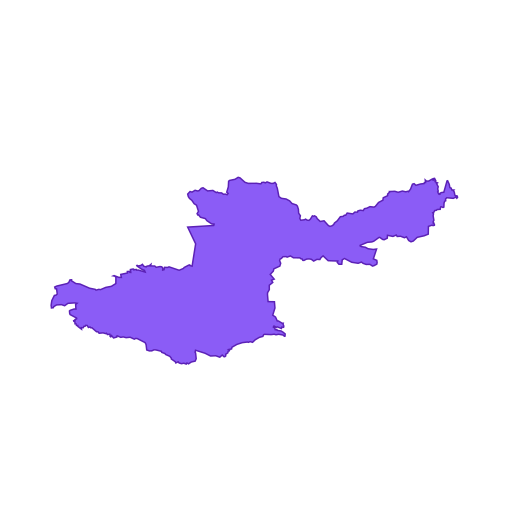 the district of Teziutlán, Puebla, Mexico, rotated 67°
{"feature_id": "50627088B50990328034226", "entity_name": "Teziutlán", "entity_type": "district", "adm_level": 2, "iso_a3": "MEX", "parent_name": "Mexico", "parent_adm1": "Puebla", "projection": "mercator", "projection_center": [-97.359, 19.874], "detail": "fine", "context": "isolated", "style": "filled", "palette": "violet", "viewbox_px": 512, "rotation_deg": 67, "n_neighbors": 0, "source": "geoboundaries", "source_scale": "gbopen_adm2", "svg_char_len": 6079}
<svg xmlns="http://www.w3.org/2000/svg" viewBox="0 0 512 512"><g transform="rotate(67 256 256)"><path d="M205.9,453.4L207.7,453.6L208.3,452.4L213.3,453.8L213.9,455.4L213.5,457.0L217.3,461.4L221.2,463.8L223.9,464.6L224.4,462.8L223.6,462.0L223.1,458.7L224.8,454.0L227.0,451.6L226.1,447.6L228.2,441.5L229.6,439.2L230.2,441.0L234.5,442.5L233.7,444.2L233.4,448.3L233.7,449.2L236.2,450.0L237.3,450.0L243.0,445.4L243.7,445.6L243.8,447.5L244.5,447.7L244.3,449.1L245.0,449.2L245.8,448.4L247.7,449.1L248.1,448.2L249.8,448.4L250.3,447.2L251.2,447.5L255.2,445.2L253.7,444.7L254.5,443.1L253.5,441.9L253.9,440.8L253.3,439.9L254.0,438.5L256.3,438.2L256.5,436.5L257.6,436.1L257.9,435.1L263.4,432.4L264.1,431.0L265.8,430.6L267.0,426.8L268.7,424.7L268.7,423.8L270.2,423.5L270.9,421.1L272.3,421.2L272.6,421.7L273.6,421.4L273.6,420.7L273.0,420.7L272.7,420.1L275.8,419.1L276.2,415.8L275.4,415.6L275.3,414.9L278.0,412.3L278.6,409.8L280.4,407.5L281.6,403.6L285.0,400.5L284.9,398.9L285.6,397.6L292.4,391.9L294.6,391.8L299.8,393.3L301.7,391.2L302.6,388.9L302.5,386.6L303.3,384.9L306.7,380.4L307.9,380.4L310.2,377.9L311.3,377.7L314.7,374.5L316.9,373.9L317.7,374.2L321.8,371.6L323.1,371.6L323.0,369.0L324.4,368.6L326.0,366.7L326.5,364.3L328.2,362.5L327.5,361.9L327.7,361.2L328.9,360.3L328.3,356.9L329.0,353.1L327.2,351.2L321.7,349.5L320.9,349.7L319.1,348.5L325.6,340.9L330.3,336.9L332.1,332.0L335.0,328.9L334.0,325.8L336.2,324.8L336.5,324.1L336.2,323.0L334.6,322.2L334.1,319.7L332.7,318.9L332.9,317.7L332.3,317.1L331.4,317.7L332.0,314.8L330.6,313.8L329.9,308.1L330.4,302.5L331.8,297.6L332.5,296.7L332.5,294.9L334.1,292.9L332.8,289.4L332.2,284.7L332.7,281.1L331.4,279.7L331.4,278.8L334.3,272.7L335.1,269.8L336.3,268.4L336.9,265.7L339.3,262.0L341.0,261.2L341.1,260.6L339.1,259.6L336.8,260.8L334.8,262.2L332.7,265.6L331.8,265.5L331.4,267.1L329.8,266.9L328.2,267.8L327.5,267.0L327.8,266.4L329.6,265.3L329.5,264.2L332.7,260.9L331.5,260.0L332.4,258.5L331.4,257.8L329.1,257.7L328.5,257.2L328.1,258.2L324.5,260.8L324.1,261.8L319.8,261.9L317.0,263.7L311.3,258.9L305.3,256.9L302.7,262.7L296.0,260.5L294.3,259.7L292.2,256.9L288.1,255.2L286.9,250.9L284.3,251.2L284.4,248.3L278.5,250.1L276.7,246.0L274.8,244.6L274.6,238.0L272.3,236.1L269.5,236.1L268.2,235.0L268.2,233.7L267.2,231.4L268.3,228.5L269.2,227.8L269.4,224.3L272.3,222.2L274.8,216.4L276.2,215.7L276.6,214.8L278.3,214.6L278.8,213.6L278.6,210.7L279.4,208.3L280.6,206.4L283.2,204.9L282.9,201.2L284.2,198.6L282.9,196.8L282.1,194.2L288.5,191.4L292.6,182.7L293.6,183.7L296.0,182.9L297.1,180.3L293.2,178.1L292.9,175.5L299.2,170.3L302.6,164.8L302.8,161.3L304.6,160.3L306.8,157.9L308.2,154.4L310.8,152.7L311.0,151.1L310.7,148.0L309.4,147.1L307.2,146.5L304.5,149.1L296.7,142.3L295.8,145.5L293.1,150.0L290.6,152.0L288.5,155.4L287.5,156.2L286.9,156.0L286.9,148.2L288.3,143.9L288.4,141.8L287.0,135.7L287.2,134.8L290.2,133.0L291.1,131.7L290.9,128.2L288.3,126.9L291.5,122.3L291.5,118.7L293.2,118.4L294.3,115.2L297.2,112.2L297.1,110.0L301.4,109.4L303.5,107.8L303.7,105.4L301.8,100.3L303.1,93.3L303.2,88.9L296.1,85.7L296.4,81.9L297.2,81.2L297.4,79.8L296.5,79.4L295.2,79.9L295.3,79.5L293.4,79.4L292.6,78.3L288.1,77.2L286.5,76.1L285.3,76.4L285.3,75.4L284.0,73.7L284.4,72.1L284.0,71.1L285.0,68.2L283.0,66.9L283.0,66.3L284.4,64.9L284.4,64.0L280.7,62.2L279.3,60.9L279.3,59.8L277.5,59.2L276.9,57.6L280.0,51.9L279.9,49.0L281.3,48.6L280.7,47.5L279.3,47.4L278.3,49.0L277.3,49.1L274.5,48.5L273.0,48.9L272.6,48.1L271.6,50.0L269.8,49.8L268.8,50.8L265.5,50.1L261.6,50.2L261.5,50.8L270.7,58.2L270.0,60.7L270.2,62.3L270.9,62.4L271.0,62.9L270.4,63.6L267.9,63.7L267.5,62.9L265.2,62.5L263.4,61.2L259.8,61.5L259.6,60.4L257.7,62.0L257.1,61.9L256.8,61.1L254.3,61.3L254.1,62.2L255.5,62.8L255.1,63.5L254.0,63.6L254.5,67.8L253.7,69.8L252.2,70.5L254.6,71.2L254.2,72.3L255.0,73.0L254.0,76.4L253.4,81.2L251.2,82.2L251.0,83.9L254.8,87.6L256.4,90.4L255.8,90.7L255.4,93.1L253.4,95.9L252.9,100.3L250.7,102.9L248.8,108.0L249.4,108.1L250.4,110.6L251.9,111.3L252.1,116.1L254.2,117.4L254.6,122.3L257.0,126.8L257.1,128.3L255.1,131.8L255.3,135.2L254.8,137.7L256.1,139.5L254.6,142.1L254.3,144.6L255.3,145.4L254.2,147.9L255.1,150.4L252.1,155.3L253.5,157.5L253.0,158.8L253.6,160.2L252.8,163.0L255.4,167.5L256.3,170.9L257.4,172.2L257.9,174.3L257.6,176.4L256.2,177.5L250.2,179.6L249.3,183.4L245.5,185.1L243.6,185.2L241.9,186.4L241.9,187.5L241.1,188.4L243.3,191.5L243.9,193.3L243.1,194.8L241.4,196.0L241.6,197.1L240.6,200.8L238.5,201.0L236.3,199.4L233.3,200.0L229.5,198.7L226.2,198.4L224.8,198.9L221.7,202.4L218.4,203.5L215.3,206.0L212.8,210.1L210.3,211.7L201.8,209.9L199.4,209.9L198.1,209.2L195.7,209.8L195.9,211.7L195.1,213.7L192.1,216.9L192.3,218.9L191.2,219.9L190.6,222.0L191.4,223.0L191.3,223.7L189.3,227.1L186.1,234.8L183.8,237.4L177.8,240.2L176.6,241.7L177.2,245.3L176.1,250.9L176.5,252.0L181.6,254.5L185.8,258.0L187.5,257.2L188.3,258.6L187.0,260.1L186.5,261.8L184.5,263.0L183.2,265.8L182.0,266.7L182.1,267.8L178.8,270.1L177.2,275.1L172.5,278.1L172.3,279.9L173.6,283.0L173.3,284.4L171.7,286.4L172.2,289.9L170.9,291.5L172.3,294.7L174.9,295.1L177.1,294.7L179.7,293.3L183.7,292.5L186.0,290.9L192.4,291.5L194.0,293.7L195.6,293.5L195.7,292.8L198.6,292.0L201.8,288.0L204.3,287.4L208.9,284.4L210.3,282.1L211.4,283.0L202.7,307.6L221.2,306.8L240.4,318.8L238.9,320.6L238.3,320.5L238.1,321.5L238.5,326.6L239.1,327.7L239.1,332.3L232.0,340.3L232.0,341.9L230.7,344.6L232.7,346.0L232.5,347.4L230.6,346.5L229.1,347.0L228.2,348.5L227.4,352.3L225.7,353.1L223.9,357.0L222.7,356.1L223.3,358.1L222.7,360.3L223.1,361.3L221.6,363.3L219.3,363.8L219.7,365.7L219.1,368.4L218.3,368.9L218.2,369.4L218.8,369.4L223.5,366.4L225.6,364.3L227.5,364.3L223.0,369.8L222.3,371.5L221.6,371.5L221.0,373.9L220.2,373.8L219.8,374.8L219.4,376.9L222.2,377.7L221.8,378.5L220.8,378.3L220.0,380.5L221.4,380.9L220.1,387.7L223.1,388.3L222.0,390.7L218.6,394.3L218.6,395.0L219.4,393.8L220.9,393.3L226.6,395.8L227.4,401.0L226.2,406.5L226.2,412.3L225.3,413.7L224.9,416.6L223.9,417.0L220.6,421.8L213.0,429.0L211.0,432.6L206.6,435.6L205.8,435.1L205.3,436.6L207.2,438.7L207.6,440.5L205.8,451.2L205.9,453.4Z" fill="#8b5cf6" stroke="#5b21b6" stroke-width="1.5"/></g></svg>